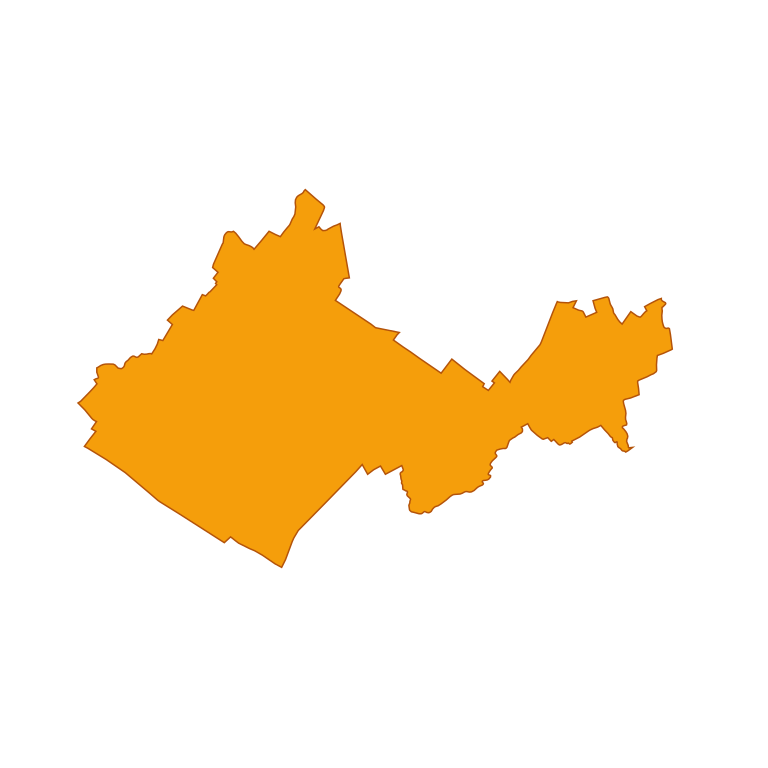 the district of Chau Thanh, Tiền Giang, Vietnam, rotated 46°
{"feature_id": "81297802B2434648618604", "entity_name": "Chau Thanh", "entity_type": "district", "adm_level": 2, "iso_a3": "VNM", "parent_name": "Vietnam", "parent_adm1": "Tiền Giang", "projection": "natural_earth1", "projection_center": [106.308, 10.422], "detail": "fine", "context": "isolated", "style": "filled", "palette": "amber", "viewbox_px": 768, "rotation_deg": 46, "n_neighbors": 0, "source": "geoboundaries", "source_scale": "gbopen_adm2", "svg_char_len": 6170}
<svg xmlns="http://www.w3.org/2000/svg" viewBox="0 0 768 768"><g transform="rotate(46 384 384)"><path d="M602.3,249.2L600.0,252.2L599.4,252.2L597.8,251.0L593.9,249.4L592.5,247.7L592.1,246.5L590.9,244.9L588.7,243.7L586.2,243.1L582.9,242.8L581.1,242.9L580.4,242.3L580.3,241.1L581.9,238.0L581.2,236.9L579.5,235.9L577.4,234.9L575.7,233.4L573.2,230.4L570.8,228.6L564.7,225.3L562.8,224.0L562.1,223.1L562.4,221.4L565.3,216.4L568.9,207.9L563.9,203.9L559.1,200.5L558.1,199.5L558.4,197.8L560.2,193.2L561.6,189.6L562.8,185.5L563.8,183.0L564.2,179.6L563.6,178.4L559.5,174.7L555.0,169.7L553.4,167.5L554.0,166.2L556.0,161.7L558.9,153.6L559.2,152.4L547.4,143.6L542.5,140.3L541.7,140.4L541.2,140.7L540.0,142.5L538.4,143.1L537.2,143.0L534.9,141.9L532.8,140.7L530.6,139.1L527.6,136.5L524.7,133.0L523.5,132.2L522.0,130.8L522.2,130.0L522.2,127.6L522.1,126.0L521.9,125.5L521.0,125.1L517.7,126.1L516.9,126.1L516.2,126.0L515.6,125.6L515.1,125.1L513.6,128.3L511.0,136.8L509.4,142.8L513.9,144.1L513.6,145.7L513.7,148.3L514.0,151.2L514.0,152.7L513.8,153.4L510.9,154.8L503.4,156.2L506.3,171.1L502.8,171.3L501.5,171.1L500.1,171.0L494.6,169.7L493.0,169.6L492.1,169.3L488.9,167.2L487.7,166.8L484.2,165.9L482.9,165.3L478.7,162.9L477.6,162.6L476.5,162.8L475.1,165.0L469.3,175.8L476.2,179.6L480.2,181.2L476.1,192.3L470.6,190.6L469.8,190.6L469.0,190.8L466.1,192.7L460.4,195.0L457.8,187.8L455.5,191.1L453.8,194.9L447.8,200.5L445.9,201.8L445.1,202.1L445.9,204.1L449.8,213.0L463.0,241.5L464.1,244.4L465.6,258.3L466.5,263.3L467.0,273.4L467.5,277.8L467.5,282.7L467.7,284.5L469.3,290.0L470.3,292.2L466.1,292.0L455.3,292.0L456.9,304.3L459.9,303.8L461.1,313.4L454.5,314.9L453.4,311.7L430.0,315.7L413.2,317.9L415.9,335.4L389.9,340.7L379.5,342.6L370.8,344.5L358.9,346.7L357.7,340.4L357.6,337.2L337.6,351.0L331.9,351.8L290.1,360.9L288.4,353.3L287.1,350.2L286.3,349.3L285.6,349.0L285.0,348.9L283.0,349.3L282.6,349.1L282.4,348.9L282.1,348.3L281.6,346.2L280.4,339.7L281.5,338.0L283.6,335.2L246.2,309.9L239.9,305.5L238.0,304.0L236.9,307.3L235.4,310.7L233.7,316.7L233.6,317.9L232.8,319.6L231.1,321.5L228.9,321.8L225.7,321.6L224.4,326.1L217.2,307.1L215.9,304.6L215.4,303.9L214.8,303.6L213.1,303.4L204.0,304.4L189.5,305.6L189.6,307.6L190.1,308.9L190.1,310.5L189.0,314.9L189.0,317.0L190.0,319.7L192.0,322.0L195.3,324.5L199.8,329.9L200.9,332.5L201.6,335.4L203.8,340.7L204.1,341.9L204.4,345.3L205.0,350.5L206.0,356.2L201.2,358.2L194.3,360.6L195.8,373.3L196.8,383.9L194.8,383.7L192.7,384.2L190.7,384.9L187.8,386.4L186.1,387.1L182.8,387.1L177.1,386.3L172.6,385.9L169.6,386.2L169.0,387.6L168.5,388.3L166.5,389.9L165.9,390.9L165.7,392.4L166.0,394.8L166.4,395.9L167.1,397.2L170.7,401.6L171.1,403.2L179.4,423.5L181.2,426.4L188.3,425.8L189.4,433.3L194.4,433.3L194.6,435.3L196.4,435.4L196.8,445.0L196.5,446.4L196.7,448.5L196.7,451.1L193.5,452.6L198.9,469.7L197.7,470.5L188.0,474.8L187.3,488.3L187.6,495.4L194.2,494.9L199.1,512.9L195.5,515.1L197.8,519.3L199.6,524.3L201.0,530.2L200.4,530.4L199.8,530.9L198.8,532.1L197.7,533.9L196.0,535.9L193.9,537.3L193.8,541.9L193.2,543.2L192.5,543.7L190.3,544.5L189.5,545.2L189.2,546.0L188.8,548.0L189.1,551.7L188.8,553.9L189.1,555.8L190.7,558.5L190.9,559.4L190.9,560.9L190.7,561.7L190.4,562.4L188.0,564.2L183.3,564.3L181.6,565.0L178.4,568.1L176.1,570.7L174.9,572.5L173.9,575.0L173.3,578.1L172.9,579.4L176.0,582.4L180.7,584.6L181.0,585.0L181.1,585.5L181.0,586.1L180.2,587.5L179.6,589.5L184.5,590.4L185.0,595.4L185.3,601.3L185.7,614.3L185.1,617.3L194.8,617.2L205.7,618.1L207.6,618.0L209.7,617.5L211.3,616.9L213.1,625.6L217.9,624.1L219.2,633.7L220.8,642.9L224.5,641.7L245.3,636.3L268.0,631.7L299.4,628.5L310.6,627.5L313.2,627.0L334.3,621.7L387.2,609.1L387.4,600.6L389.8,600.2L393.1,599.8L397.6,599.1L409.1,595.0L414.0,592.9L422.6,590.4L437.7,587.3L444.8,585.0L441.9,576.8L433.6,559.5L432.1,555.8L429.8,547.4L428.8,508.6L427.5,465.2L426.8,455.6L437.6,458.5L438.5,450.9L440.6,443.5L449.9,445.7L455.0,427.9L458.8,429.5L459.5,430.3L459.7,431.8L459.4,432.9L459.4,434.1L460.0,434.9L461.6,435.8L464.0,437.6L466.3,438.7L467.4,440.2L468.0,440.4L469.4,440.7L472.8,443.5L473.3,443.5L474.4,442.9L475.8,442.7L476.6,442.1L477.3,441.9L478.0,442.1L479.3,444.3L479.8,444.6L480.7,444.9L484.6,444.7L485.3,444.9L485.6,445.3L486.3,446.7L487.5,448.1L488.4,450.1L488.7,450.5L492.0,452.9L492.7,453.2L494.9,453.1L497.2,451.6L501.6,449.0L503.1,447.5L503.5,446.6L503.7,444.1L503.9,443.5L504.5,443.0L506.0,442.5L507.2,441.7L507.8,441.1L508.3,439.6L508.4,438.4L507.7,435.9L507.6,433.6L507.9,432.2L509.2,429.6L509.9,426.1L510.7,419.7L510.9,414.5L511.4,411.8L511.8,410.9L512.5,409.9L516.0,405.7L516.9,403.7L517.6,401.1L518.0,400.2L518.8,399.2L521.0,397.7L521.5,397.2L522.4,395.9L523.2,393.1L523.3,389.0L523.5,387.6L523.8,386.5L525.0,383.4L525.0,382.8L524.9,382.0L524.7,381.7L524.3,381.5L522.7,381.4L522.3,380.9L522.2,380.6L522.4,379.9L522.7,379.2L523.9,377.7L524.8,376.2L525.2,374.6L525.1,373.7L524.9,372.0L524.0,371.0L523.6,371.0L522.4,371.6L521.7,371.8L521.3,371.7L521.0,371.3L520.7,370.7L520.1,368.4L519.8,366.8L519.6,364.5L519.0,364.0L516.3,364.0L515.9,363.8L515.4,363.2L514.9,362.0L514.5,359.4L514.6,355.0L514.5,353.6L514.3,353.1L514.1,352.8L513.2,352.5L511.5,352.3L510.7,351.7L510.4,351.1L510.0,349.4L510.0,348.6L511.5,345.6L513.0,343.3L513.4,342.8L514.6,341.7L515.0,340.8L514.9,339.5L512.3,334.4L511.8,333.1L511.8,332.3L512.3,329.1L512.8,327.4L513.0,327.0L513.5,322.6L514.5,319.3L514.5,318.5L514.3,317.5L513.9,316.9L512.8,315.9L512.4,315.6L510.4,315.2L512.4,308.2L516.4,309.3L519.5,310.0L527.4,309.4L532.6,308.5L533.3,308.4L534.4,307.8L536.3,303.5L541.4,303.5L541.9,300.4L548.0,300.5L549.6,300.2L550.0,299.8L550.5,299.1L551.1,297.3L551.4,295.8L551.9,294.6L552.3,294.2L554.0,293.6L554.5,292.5L554.8,292.4L556.1,292.2L556.4,291.8L556.6,290.9L556.7,289.0L555.5,288.7L558.1,280.0L559.9,269.2L560.3,267.5L561.5,264.1L562.1,263.0L563.4,260.3L564.4,256.8L570.4,257.2L575.3,257.2L578.8,257.6L579.5,257.6L581.3,257.1L583.3,258.4L584.9,258.7L586.3,258.7L586.7,258.5L586.9,258.0L587.0,257.1L587.3,256.7L587.5,256.6L588.1,256.9L589.2,258.0L591.5,259.3L592.9,259.2L593.6,259.0L595.0,258.8L597.1,259.0L598.1,258.7L598.8,258.1L599.6,257.6L600.9,257.4L601.5,255.0L602.3,249.2Z" fill="#f59e0b" stroke="#b45309" stroke-width="1.5"/></g></svg>